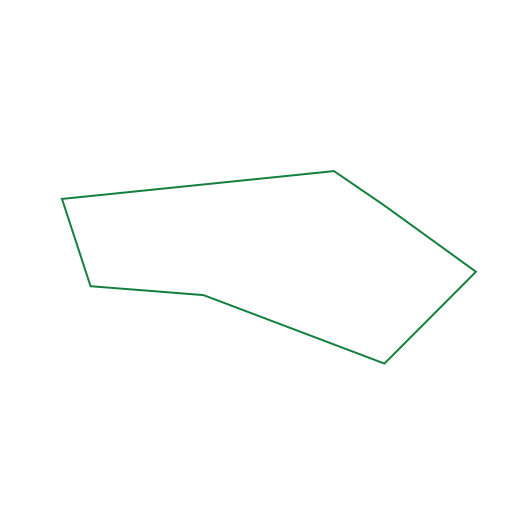 New Minya, Al Minya, Egypt (Albers equal-area conic projection), rotated 122°
{"feature_id": "37247803B40620949995251", "entity_name": "New Minya", "entity_type": "district", "adm_level": 2, "iso_a3": "EGY", "parent_name": "Egypt", "parent_adm1": "Al Minya", "projection": "albers", "projection_center": [30.791, 28.11], "detail": "fine", "context": "isolated", "style": "outline", "palette": "green", "viewbox_px": 512, "rotation_deg": 122, "n_neighbors": 0, "source": "geoboundaries", "source_scale": "gbopen_adm2", "svg_char_len": 283}
<svg xmlns="http://www.w3.org/2000/svg" viewBox="0 0 512 512"><g transform="rotate(122 256 256)"><path d="M315.3,444.9L369.3,380.3L317.0,279.8L279.2,90.1L161.4,63.1L152.8,61.2L145.1,175.2L142.7,234.9L310.4,450.8L315.3,444.9Z" fill="none" stroke="#15803d" stroke-width="2"/></g></svg>